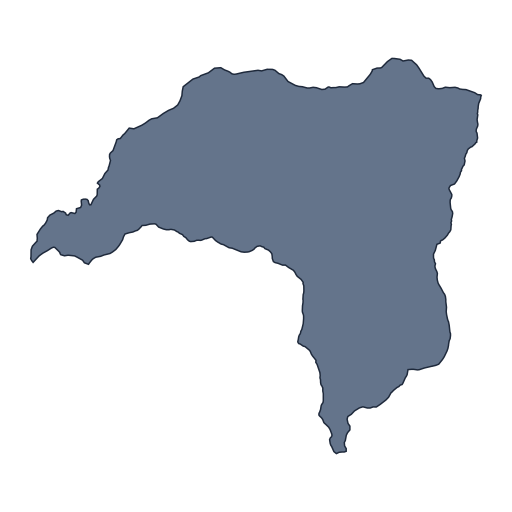 Khaling, Tashigang, Bhutan (Equal Earth projection)
{"feature_id": "84629894B48519884864464", "entity_name": "Khaling", "entity_type": "district", "adm_level": 2, "iso_a3": "BTN", "parent_name": "Bhutan", "parent_adm1": "Tashigang", "projection": "equal_earth", "projection_center": [91.565, 27.177], "detail": "fine", "context": "isolated", "style": "filled", "palette": "slate", "viewbox_px": 512, "rotation_deg": 0, "n_neighbors": 0, "source": "geoboundaries", "source_scale": "gbopen_adm2", "svg_char_len": 5974}
<svg xmlns="http://www.w3.org/2000/svg" viewBox="0 0 512 512"><path d="M208.4,72.8L200.8,75.6L199.1,77.0L192.9,79.1L183.2,86.7L182.3,91.1L181.9,95.7L180.0,100.8L177.7,105.0L173.5,108.3L168.5,110.4L163.3,113.5L157.4,117.8L151.7,118.8L149.1,120.2L145.3,123.1L141.7,125.3L133.9,128.8L129.2,128.1L124.6,133.7L123.1,134.9L120.3,138.5L118.1,138.8L116.7,139.8L116.2,141.9L113.0,150.6L110.4,153.0L109.6,154.4L109.5,156.6L109.7,158.2L110.5,160.5L109.0,166.3L108.5,167.3L108.0,170.0L104.9,173.5L102.4,178.5L98.3,181.7L97.4,183.1L99.7,185.1L99.9,186.5L98.7,188.2L97.3,189.2L97.2,194.7L96.7,196.1L93.5,199.3L90.9,204.8L89.6,204.8L88.8,203.3L88.2,200.7L87.0,199.4L85.4,199.1L83.3,199.2L81.4,199.9L81.2,201.1L81.6,205.2L80.6,207.5L76.5,208.7L76.1,212.2L74.9,213.5L71.1,212.6L70.1,213.0L68.1,215.3L66.2,214.7L65.6,213.1L63.1,211.4L61.7,211.7L58.4,210.5L56.1,211.1L53.8,213.1L49.9,215.1L47.6,217.7L47.2,220.1L45.5,223.3L43.7,225.5L42.8,226.0L40.4,229.0L37.0,234.4L37.3,238.3L37.0,241.3L36.0,242.2L32.4,246.2L31.1,249.8L31.0,256.7L30.7,258.7L31.7,260.6L33.1,262.4L39.0,256.0L40.8,254.6L43.1,253.0L47.3,250.7L51.5,248.0L53.4,247.2L54.8,247.4L58.3,250.8L59.7,252.3L60.2,253.8L60.8,254.7L64.5,255.8L68.1,255.2L74.6,255.9L77.4,257.3L82.6,260.2L84.4,262.8L88.5,264.3L89.3,263.1L91.7,260.1L92.8,259.0L94.5,257.9L95.8,257.2L100.7,256.3L103.9,255.0L110.0,253.5L112.5,252.0L115.8,249.5L118.4,246.4L119.7,244.6L122.6,239.7L123.5,236.8L125.0,234.0L129.3,232.7L132.9,232.0L135.6,230.8L137.2,230.4L138.6,229.4L140.9,227.0L142.1,225.5L145.7,225.3L149.9,224.1L154.5,223.8L156.0,224.2L158.7,227.1L163.4,229.0L166.3,229.7L169.2,229.7L170.1,229.4L171.3,229.4L174.5,230.0L176.7,231.5L178.0,232.0L179.5,233.3L182.5,234.6L183.8,236.4L185.8,237.6L187.6,239.8L189.3,241.2L190.6,241.6L194.2,241.3L196.6,240.3L198.8,240.2L200.3,240.4L201.7,240.1L205.0,238.7L206.6,238.6L211.2,237.0L212.4,237.2L215.5,240.5L218.2,242.4L219.6,243.1L220.2,243.6L221.3,244.1L223.4,244.6L229.0,247.7L232.2,248.2L241.1,251.8L244.3,252.2L247.7,252.0L249.2,251.7L252.2,250.4L254.0,249.2L254.8,248.1L257.0,246.4L259.5,245.9L260.4,245.9L261.7,246.6L263.8,247.2L264.9,248.6L268.5,250.1L270.4,251.8L271.8,253.7L272.2,256.1L272.3,258.5L273.4,261.6L275.1,262.6L278.0,263.3L282.5,265.1L285.5,265.1L288.5,267.4L293.4,270.3L295.0,272.4L295.9,274.3L297.2,276.3L301.1,279.4L303.2,282.4L303.0,283.6L303.8,285.8L303.9,291.0L303.7,292.9L303.2,294.6L302.9,299.3L303.1,300.3L303.0,302.8L302.5,305.8L302.3,310.8L302.4,312.0L303.4,314.8L303.6,316.0L303.6,318.7L303.2,323.8L301.8,329.5L300.8,331.3L300.5,333.1L299.9,334.3L299.3,335.1L298.7,336.8L298.2,339.9L297.8,341.5L298.0,342.5L298.8,343.6L300.2,344.0L303.2,346.1L305.1,346.6L309.5,350.3L310.4,351.7L311.3,354.0L312.5,355.9L316.0,360.3L315.8,362.3L317.1,364.4L319.9,372.6L320.2,375.6L320.0,377.1L320.0,378.0L320.5,379.7L320.6,382.6L321.0,384.7L321.8,385.8L322.8,388.0L322.8,391.0L323.3,393.6L323.3,400.7L323.0,402.6L321.8,404.3L321.3,405.3L321.1,406.1L320.6,409.4L319.7,412.0L319.0,413.3L318.9,415.0L319.5,415.9L321.5,417.8L322.7,419.5L323.8,422.4L324.3,423.1L325.6,424.2L328.7,427.2L330.1,429.6L331.8,434.1L332.0,435.3L331.5,436.8L330.4,437.8L329.6,439.6L330.2,443.5L330.8,445.2L331.7,446.6L333.9,451.6L336.4,453.6L339.1,452.3L342.0,452.0L344.2,452.0L346.2,451.3L346.2,448.6L344.6,445.9L344.3,442.5L345.3,440.6L346.3,435.2L347.6,432.6L349.9,429.9L349.9,426.1L348.0,423.4L347.1,419.2L347.8,416.5L351.3,414.3L354.5,410.9L359.4,407.9L362.9,406.8L367.4,408.0L370.2,408.0L373.1,406.9L376.3,407.0L380.2,404.4L386.0,399.9L388.6,397.2L391.0,392.8L391.7,392.3L393.6,390.3L397.1,387.4L398.8,386.6L400.2,385.1L402.1,384.5L402.9,383.2L405.3,377.8L406.3,376.3L407.1,374.7L408.0,369.6L411.5,369.3L413.5,369.3L417.5,369.9L419.2,369.7L424.7,367.9L435.9,365.3L438.7,364.2L442.4,359.6L444.2,356.8L447.0,351.0L447.9,348.4L448.5,345.4L448.6,344.1L449.2,340.7L450.1,338.7L450.5,335.7L450.5,333.7L449.9,331.9L449.2,325.3L448.5,321.7L448.0,320.7L447.5,319.0L446.6,314.8L446.2,311.7L446.5,307.2L445.8,301.8L445.8,299.4L445.4,296.4L444.6,294.3L443.4,292.7L441.1,288.3L438.7,284.3L438.0,282.8L437.3,280.0L437.0,277.1L437.4,273.5L436.8,271.5L435.7,269.3L435.1,267.6L434.9,266.0L435.5,263.7L434.5,261.9L434.3,259.7L433.6,258.3L433.5,256.9L433.5,254.1L435.3,250.4L436.9,244.3L440.1,243.1L440.4,242.1L440.4,241.2L441.3,240.4L442.5,240.0L444.8,238.1L447.4,235.1L448.6,233.0L449.8,231.7L450.8,229.8L451.1,225.5L451.4,224.4L450.9,222.8L451.6,221.0L451.3,219.5L452.1,216.8L452.7,213.4L452.4,211.6L451.1,209.6L450.7,208.3L450.1,202.4L450.2,200.1L450.6,199.0L451.3,198.0L451.8,196.0L451.8,194.5L449.3,189.8L448.9,188.6L449.2,187.5L450.5,185.5L454.5,184.0L456.8,180.9L459.1,176.7L460.2,173.9L460.4,172.3L461.5,170.7L461.5,169.2L462.2,168.0L462.9,166.3L464.2,164.9L465.0,161.0L464.4,158.2L465.1,156.7L465.8,154.2L466.8,152.7L467.3,150.5L468.3,148.9L470.7,147.1L471.8,146.8L472.4,146.3L475.1,143.8L475.8,142.6L476.7,142.3L476.8,140.6L477.6,138.0L477.0,133.1L476.2,131.6L476.2,130.3L476.4,129.0L477.7,126.0L477.9,124.1L477.5,122.4L477.1,119.6L477.8,114.8L477.3,113.8L477.7,112.1L477.7,110.3L478.1,108.4L478.2,106.4L478.7,103.4L480.6,98.8L480.8,96.4L481.3,95.7L480.8,94.9L477.6,94.6L474.7,92.7L466.0,89.6L462.5,89.4L459.7,89.0L457.9,88.0L455.0,87.3L449.7,87.7L445.3,87.2L442.3,88.4L438.6,88.8L435.8,88.4L434.2,86.6L432.2,82.0L430.5,79.6L428.7,78.2L426.1,78.2L423.9,76.1L419.0,68.2L416.7,64.9L411.6,60.3L408.4,60.0L403.0,61.0L400.1,59.3L394.5,58.5L391.9,58.4L387.4,61.6L381.7,67.5L380.3,68.0L377.0,68.1L372.4,69.7L372.2,71.0L370.2,74.4L363.5,82.5L359.8,83.8L357.4,84.0L352.5,83.7L348.9,85.8L347.5,86.9L344.7,87.1L339.2,86.8L335.8,87.6L333.3,87.6L331.0,87.8L329.1,87.0L328.2,87.0L325.0,89.2L321.8,89.5L316.4,87.7L313.1,87.3L309.6,88.0L307.2,88.0L302.3,86.7L298.8,86.4L295.3,85.4L288.0,81.5L283.9,76.1L281.7,74.6L278.9,73.6L275.0,70.3L272.6,69.4L267.1,69.3L261.6,70.9L258.0,70.3L243.7,72.3L236.0,74.1L234.0,74.3L231.9,73.8L229.9,72.2L227.9,71.2L224.5,69.9L220.8,67.7L214.5,68.2L208.4,72.8Z" fill="#64748b" stroke="#1e293b" stroke-width="1.5"/></svg>